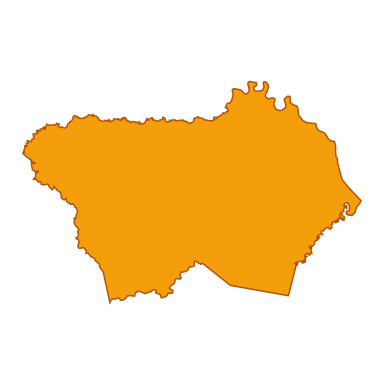 Parita, Herrera, Panama
{"feature_id": "35544464B83627234663474", "entity_name": "Parita", "entity_type": "district", "adm_level": 2, "iso_a3": "PAN", "parent_name": "Panama", "parent_adm1": "Herrera", "projection": "mercator", "projection_center": [-80.596, 8.035], "detail": "fine", "context": "isolated", "style": "filled", "palette": "amber", "viewbox_px": 384, "rotation_deg": 0, "n_neighbors": 0, "source": "geoboundaries", "source_scale": "gbopen_adm2", "svg_char_len": 5935}
<svg xmlns="http://www.w3.org/2000/svg" viewBox="0 0 384 384"><path d="M227.1,103.5L225.4,107.4L225.9,108.1L227.6,108.5L228.1,111.4L226.4,111.8L225.2,113.2L224.0,113.4L223.1,112.8L221.9,114.8L220.4,115.4L218.9,116.8L217.6,117.0L216.8,118.1L216.5,117.3L213.8,117.4L213.7,118.5L214.6,119.6L213.6,119.8L213.0,120.8L208.2,120.6L207.0,120.0L205.9,120.4L202.3,118.3L199.3,117.8L197.9,116.8L193.9,118.5L193.5,121.6L189.6,123.5L187.3,121.9L186.1,122.0L185.7,121.1L184.0,121.2L182.9,119.9L182.4,120.4L181.3,120.5L180.5,120.0L179.6,120.6L177.5,120.5L176.1,121.0L175.2,120.1L173.7,119.7L172.2,120.5L171.5,120.1L170.6,120.8L169.5,120.3L169.6,121.7L166.5,121.7L165.3,120.9L165.2,118.5L163.1,117.2L162.5,117.6L162.7,119.4L159.1,120.3L158.5,121.3L155.2,120.7L154.9,120.1L152.9,120.0L152.4,118.8L152.9,118.3L152.1,117.7L149.2,119.1L148.3,120.2L147.7,120.1L147.3,118.7L146.9,118.6L144.8,122.9L143.2,124.0L141.4,123.3L140.1,124.4L139.6,123.8L139.7,122.0L139.2,121.6L137.4,123.0L136.2,122.1L132.7,121.5L131.5,122.4L130.0,122.4L130.0,121.7L129.0,121.0L127.1,121.1L127.2,120.3L126.1,119.8L126.2,118.6L125.2,118.6L124.9,117.7L124.3,117.4L123.9,117.6L124.3,118.2L122.4,118.0L122.7,119.2L120.8,119.3L121.3,120.2L120.3,120.2L118.3,119.0L118.0,119.6L117.2,118.8L114.6,119.4L113.8,118.9L113.2,120.6L110.5,121.8L110.1,120.6L109.1,120.7L109.0,119.6L107.7,120.5L108.1,121.2L107.7,121.4L105.2,120.2L103.7,121.5L100.8,120.6L98.5,119.4L98.1,117.7L96.6,116.9L96.2,116.1L94.0,116.2L93.9,115.3L92.5,114.5L92.1,115.9L89.6,114.8L88.3,115.1L85.9,117.7L84.8,117.2L83.2,118.6L81.8,118.2L80.0,118.6L79.2,117.8L78.3,118.0L77.5,116.5L76.1,117.0L75.5,115.8L73.9,115.9L73.3,116.4L72.6,119.3L70.9,121.6L69.5,121.9L69.2,123.0L67.4,124.3L67.2,126.2L66.0,127.6L64.4,128.1L61.4,126.9L59.0,127.4L58.2,126.0L59.2,124.0L57.6,124.0L56.8,123.2L56.3,123.5L56.1,124.6L54.5,125.0L48.5,125.1L46.6,124.2L45.1,129.4L44.3,128.9L44.3,127.2L43.1,127.4L42.7,129.3L41.3,128.9L40.3,129.1L40.1,130.9L38.4,130.2L36.6,130.6L36.8,131.2L38.2,131.6L37.4,133.5L36.1,133.0L35.4,134.2L33.2,133.9L33.4,136.5L34.0,137.0L34.2,138.1L33.6,138.8L32.2,139.0L31.2,141.7L29.1,141.3L28.0,140.6L27.2,140.8L28.1,142.8L26.3,143.5L26.7,146.3L24.8,145.8L24.9,149.0L23.6,150.7L24.6,152.2L23.0,152.6L23.1,153.7L27.3,157.6L28.5,157.8L29.9,159.4L30.9,159.6L31.5,160.4L31.0,161.1L35.1,163.0L34.4,163.6L31.9,162.7L31.3,163.0L32.4,169.5L35.6,172.0L37.8,170.9L38.4,171.8L36.1,173.0L35.6,174.2L35.6,177.1L34.1,178.2L33.5,179.4L35.8,179.3L38.7,182.2L40.3,181.8L41.5,183.1L41.1,184.1L43.5,184.9L46.7,184.2L47.9,184.3L49.3,187.0L50.9,188.2L51.9,189.8L52.9,189.4L54.2,186.5L55.0,187.9L55.9,188.3L56.3,189.6L60.8,192.9L61.1,195.5L61.7,196.5L61.1,197.4L62.0,198.5L64.0,199.9L66.1,198.7L65.9,199.5L66.6,201.2L67.9,202.5L70.8,204.4L73.0,203.9L74.6,205.8L75.0,207.2L76.3,207.9L77.4,210.6L77.4,212.3L76.1,215.6L76.1,217.9L75.4,218.5L74.6,218.0L74.1,218.7L74.5,220.2L74.0,222.4L75.3,225.3L77.9,228.0L78.8,230.0L77.5,231.8L78.6,234.1L78.0,236.1L77.3,237.3L75.8,238.0L77.1,239.2L78.1,239.3L79.3,242.5L77.9,245.3L78.1,247.4L79.0,248.2L80.9,248.2L82.8,247.5L84.7,248.4L86.3,251.0L85.9,253.4L87.9,252.9L90.7,256.5L94.8,258.6L95.2,260.6L99.5,264.2L99.5,267.0L103.2,271.8L109.9,302.5L111.0,300.1L112.7,298.9L114.9,299.1L118.0,297.8L119.5,298.4L120.4,300.2L123.0,300.2L125.8,298.3L127.4,296.0L130.0,295.6L134.6,296.1L135.4,292.6L139.0,291.1L145.5,293.7L147.0,292.6L150.6,291.9L152.9,290.0L154.8,289.7L156.0,290.8L155.7,293.0L160.2,294.6L161.3,297.8L164.5,297.2L166.7,295.8L168.2,293.1L171.7,293.4L172.8,292.7L172.9,290.3L169.6,288.7L169.4,287.3L172.2,284.7L174.5,283.3L175.1,280.2L176.1,278.8L177.0,278.5L179.6,279.1L180.8,278.6L181.0,277.3L179.7,275.7L181.1,272.2L184.0,271.9L186.7,270.9L187.9,270.0L189.1,267.2L193.9,266.3L194.4,265.1L194.2,261.9L195.0,261.0L200.8,264.2L202.7,263.4L230.4,285.4L288.4,295.7L296.1,265.4L296.9,265.1L295.0,263.5L295.1,262.9L296.5,262.3L296.5,263.6L297.4,264.1L297.6,262.0L302.9,260.7L303.7,261.4L303.0,262.1L302.0,261.9L302.3,263.1L305.3,262.0L305.4,261.2L304.1,260.3L305.3,259.7L305.1,258.1L306.7,256.5L304.7,256.6L304.3,255.7L307.4,253.4L309.5,255.1L309.8,253.4L311.9,253.7L311.1,249.5L311.5,247.3L310.3,246.9L309.8,248.2L309.2,247.4L310.2,246.0L311.9,246.2L313.1,245.7L314.6,243.7L314.6,241.3L317.2,240.2L319.6,237.3L318.8,236.7L316.9,238.1L316.8,237.2L317.6,235.8L320.1,234.4L322.6,234.6L321.0,232.0L321.2,231.2L323.8,230.8L324.7,228.6L325.9,228.5L328.1,227.1L328.7,227.4L329.3,229.0L330.4,229.1L331.9,227.5L331.2,224.7L332.4,224.1L332.0,223.3L333.2,221.8L334.8,222.0L335.3,220.9L336.4,220.5L337.1,220.7L336.3,222.3L338.2,221.6L338.5,220.8L337.5,219.0L338.3,218.4L339.6,218.8L340.1,216.6L341.3,219.0L343.2,218.4L341.9,219.6L343.8,220.4L344.5,217.7L344.3,216.9L342.8,215.9L342.1,214.2L339.9,214.6L341.2,212.5L343.7,211.4L343.3,209.6L344.3,208.0L344.3,207.0L346.2,207.2L346.6,208.4L347.0,207.9L346.7,205.9L343.7,205.2L344.2,203.8L346.1,202.6L347.1,202.7L348.3,203.8L349.6,206.1L349.4,210.2L346.4,211.8L346.2,213.3L346.8,214.3L348.5,215.1L352.2,215.4L355.1,212.3L356.5,207.4L360.0,202.9L361.0,200.6L347.7,186.6L342.0,179.4L337.7,163.5L337.2,158.3L335.9,156.6L335.5,149.9L335.8,148.7L335.3,144.2L334.4,142.7L334.6,141.4L330.9,141.0L327.8,138.3L326.6,135.8L323.9,132.6L318.2,130.4L316.3,126.6L316.1,124.5L315.5,123.5L309.8,123.1L306.0,122.3L302.6,120.4L298.7,115.2L297.9,108.5L296.7,105.9L293.2,104.8L290.4,102.8L290.0,96.5L287.6,96.2L284.3,99.1L284.6,101.6L285.8,104.2L285.8,107.1L281.9,110.4L278.4,110.4L275.7,108.9L274.1,105.8L273.8,103.3L275.1,99.5L274.6,98.6L272.5,97.8L268.3,98.9L265.5,97.0L265.4,94.3L267.3,91.6L268.5,86.8L268.0,84.5L266.0,82.2L264.6,81.7L263.5,82.3L263.3,83.5L264.0,87.3L263.0,89.5L261.5,90.7L256.9,91.3L255.1,90.9L253.8,89.2L253.9,87.2L256.1,85.9L256.7,85.0L256.3,82.7L249.3,81.5L248.3,82.2L247.8,83.8L249.4,90.4L247.6,93.3L245.6,94.2L244.4,93.6L241.1,90.1L235.3,88.8L233.2,88.9L232.2,90.1L233.2,94.6L231.7,100.3L229.9,102.9L227.1,103.5Z" fill="#f59e0b" stroke="#b45309" stroke-width="1.5"/></svg>